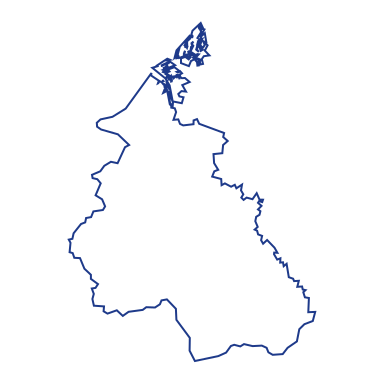 Eloy Alfaro, Esmeraldas, Ecuador
{"feature_id": "8360857B46981965589636", "entity_name": "Eloy Alfaro", "entity_type": "district", "adm_level": 2, "iso_a3": "ECU", "parent_name": "Ecuador", "parent_adm1": "Esmeraldas", "projection": "orthographic", "projection_center": [-78.985, 0.866], "detail": "fine", "context": "isolated", "style": "outline", "palette": "blue", "viewbox_px": 384, "rotation_deg": 0, "n_neighbors": 0, "source": "geoboundaries", "source_scale": "gbopen_adm2", "svg_char_len": 5776}
<svg xmlns="http://www.w3.org/2000/svg" viewBox="0 0 384 384"><path d="M312.8,321.0L315.2,311.9L308.3,312.2L308.9,298.0L304.9,297.3L303.3,292.2L305.5,290.1L302.7,289.5L302.1,286.5L297.3,286.8L298.8,280.8L294.1,281.1L293.1,278.7L288.8,277.2L286.6,263.8L283.7,266.2L283.0,262.3L280.2,262.6L280.4,258.3L277.2,259.6L274.0,254.2L274.2,252.6L277.4,252.8L274.5,247.7L267.1,240.0L263.1,243.7L261.1,240.2L262.1,235.9L258.1,234.4L257.1,230.7L254.7,229.6L257.7,226.9L255.3,221.2L256.2,216.8L259.5,214.8L260.4,211.2L258.0,209.4L261.5,205.9L258.0,202.8L259.1,201.1L262.2,202.1L263.0,199.7L259.5,199.6L256.7,193.2L252.5,199.2L246.6,197.6L243.6,199.9L241.3,197.6L243.3,194.3L241.0,190.4L242.0,184.6L236.4,188.3L234.8,184.8L231.1,186.7L224.9,183.4L221.6,185.2L221.2,179.0L212.2,176.6L214.3,171.3L218.2,169.8L214.1,163.1L213.5,154.1L222.3,153.2L223.1,145.0L227.7,141.0L223.2,137.0L224.1,133.0L199.2,123.8L197.0,119.1L193.6,120.4L193.5,124.2L183.2,125.4L180.0,123.9L178.3,119.4L173.5,119.8L176.1,112.1L174.8,108.3L170.5,107.5L172.3,107.0L169.8,104.3L167.2,90.8L163.2,92.9L164.4,89.8L166.6,89.5L164.7,87.7L164.1,84.5L163.4,84.4L161.7,82.3L159.6,81.1L159.1,82.0L158.4,82.3L158.5,82.6L158.3,83.2L157.9,83.4L158.3,82.2L159.3,81.0L151.1,75.5L151.5,73.0L125.7,108.6L112.5,116.8L100.5,119.4L96.8,122.8L97.1,126.7L101.1,129.5L117.9,134.3L129.1,145.0L125.0,147.2L117.6,163.2L110.9,161.8L104.3,165.8L100.3,171.3L92.0,174.8L92.6,178.1L97.3,179.2L100.7,183.3L95.6,195.3L102.1,199.3L105.1,206.4L102.9,210.0L93.4,211.4L91.1,217.1L86.1,218.0L85.2,222.4L81.0,224.0L73.6,233.3L72.4,238.8L68.8,239.6L70.5,242.8L69.6,252.2L72.7,253.1L74.3,257.8L80.0,258.1L84.4,268.7L90.9,274.8L90.9,278.9L98.0,284.1L95.5,287.9L91.8,288.5L93.8,293.9L92.4,299.0L93.9,305.7L104.0,306.4L103.6,311.3L107.5,313.6L116.8,310.3L122.8,315.9L128.6,311.8L142.7,309.9L146.3,307.2L155.0,307.5L159.9,304.3L161.5,300.4L166.9,299.4L175.9,308.8L176.4,319.8L189.8,337.9L189.6,350.7L194.9,361.0L218.3,356.1L226.1,352.6L230.9,346.0L234.2,344.8L240.3,346.4L244.0,344.1L252.6,346.1L261.8,345.6L266.6,347.8L268.4,352.3L272.7,354.8L282.7,354.1L287.6,347.8L296.9,341.4L299.3,329.2L304.4,324.2L312.8,321.0ZM202.3,26.5L200.7,23.0L192.5,30.7L191.1,35.5L191.8,35.0L192.6,36.1L192.1,38.0L191.6,35.2L190.0,38.7L187.1,41.3L187.2,44.9L186.1,45.8L186.2,46.0L187.2,46.0L187.5,46.3L187.0,47.9L185.9,46.0L184.8,47.8L186.8,44.0L184.1,46.1L186.6,42.0L184.5,43.3L190.3,35.0L176.5,50.4L174.5,58.1L175.5,57.5L176.5,53.4L178.6,49.1L179.3,48.7L176.8,58.2L178.8,57.7L178.3,56.7L178.1,55.0L179.1,58.0L184.7,55.9L183.9,55.1L183.9,53.5L184.7,51.4L185.1,50.9L184.1,55.1L188.3,58.4L188.4,57.1L186.5,56.1L186.2,54.7L189.4,54.0L188.2,51.9L188.8,51.3L190.3,51.3L191.1,46.8L192.5,45.8L191.6,44.1L191.5,43.2L193.4,41.6L191.8,44.0L193.3,45.8L190.6,51.4L188.5,52.0L189.7,54.0L186.4,55.6L188.6,56.8L189.0,58.8L190.4,54.3L191.7,52.4L196.9,55.7L197.3,54.1L198.8,54.3L197.2,56.0L195.3,55.2L195.4,56.5L193.5,57.9L195.0,57.4L199.0,59.0L196.1,59.5L194.1,58.8L196.9,62.0L198.6,61.0L199.3,61.9L199.3,60.5L200.6,60.4L199.3,62.0L197.0,62.1L197.4,65.6L199.6,65.3L198.2,64.9L200.0,62.5L200.2,64.5L203.0,63.9L201.8,59.1L203.8,56.2L209.4,55.4L204.8,50.6L207.6,45.3L203.9,41.8L204.8,45.0L203.0,47.7L202.5,48.0L201.2,46.6L199.9,47.3L200.1,48.2L201.2,48.5L201.5,48.8L201.0,50.1L202.1,50.1L200.8,50.9L199.8,47.9L200.1,43.7L196.7,49.0L198.8,51.9L196.2,49.6L197.3,45.6L201.8,39.3L200.7,39.8L199.4,39.3L199.3,41.6L198.2,41.6L198.6,42.7L197.5,43.4L197.9,41.9L199.2,39.2L201.2,39.2L200.3,36.5L204.4,29.5L199.9,28.5L200.9,30.0L201.4,32.1L196.9,38.8L201.2,32.0L199.5,28.4L202.7,27.9L200.7,25.7L200.5,26.3L199.6,26.0L199.9,26.7L199.8,26.9L198.8,26.8L199.4,27.2L198.9,27.7L198.7,26.9L198.8,26.7L199.1,26.6L199.8,26.8L199.6,26.0L200.5,25.6L202.3,26.5ZM167.8,76.8L165.7,79.0L169.6,85.4L172.7,101.4L181.8,103.2L183.5,97.3L179.4,96.4L178.3,94.0L181.5,91.1L186.0,91.6L182.3,85.1L189.6,82.0L184.9,78.0L181.9,78.2L179.6,76.8L179.4,79.3L179.1,77.0L176.2,76.8L176.0,76.2L173.7,78.2L172.9,77.5L172.7,76.7L171.4,77.9L171.1,77.7L170.8,76.7L170.2,76.8L169.6,78.2L168.9,78.5L169.1,79.0L169.9,78.1L170.7,78.1L171.0,78.3L170.6,79.4L171.4,79.4L171.3,81.4L171.5,81.3L171.5,80.6L171.9,80.0L172.7,80.1L171.8,80.3L171.7,81.4L171.3,81.5L170.3,80.0L170.7,78.3L169.0,79.3L167.8,76.8ZM167.3,58.7L155.9,66.2L158.6,65.9L152.3,67.8L165.4,78.4L167.8,75.5L165.3,73.9L165.4,72.8L165.8,72.3L167.8,71.8L166.3,69.5L165.4,70.9L164.1,70.7L164.1,71.4L163.6,72.2L163.0,72.0L164.1,70.6L165.3,70.8L163.1,69.9L175.1,65.2L170.1,61.7L168.4,63.3L166.7,63.9L167.2,65.5L166.4,66.2L167.3,66.6L167.2,67.0L166.4,67.4L165.6,67.2L165.2,67.7L162.9,68.4L165.5,67.1L167.2,66.8L166.2,66.4L166.5,64.1L167.0,63.3L168.3,63.2L168.2,62.5L162.2,65.8L161.8,65.9L161.6,65.4L161.0,65.6L169.4,61.6L169.6,60.0L165.4,60.6L170.0,59.8L167.3,58.7ZM174.4,67.2L167.9,69.6L169.5,71.5L165.7,72.9L169.5,75.6L168.9,78.2L171.0,75.9L171.2,77.7L172.9,76.5L173.7,78.1L174.9,76.2L176.0,76.1L176.4,76.6L176.5,75.2L177.2,74.9L177.8,75.0L178.3,75.3L178.6,75.9L178.6,76.3L177.7,76.4L179.1,76.9L178.7,75.1L182.0,73.3L180.1,71.2L178.7,72.3L177.7,72.5L176.8,71.9L179.7,71.2L174.4,67.2ZM195.3,56.5L191.4,53.3L192.2,55.1L190.9,54.2L190.4,57.4L188.7,59.4L185.3,56.9L181.0,58.4L181.0,63.1L188.9,66.1L191.0,61.0L193.8,59.6L193.4,57.6L195.3,56.5ZM204.8,33.2L200.7,36.8L202.1,39.5L200.2,45.0L202.7,47.8L204.7,45.0L203.5,41.9L205.1,41.5L206.5,43.3L204.8,33.2ZM172.7,105.7L173.0,102.6L168.5,90.9L170.0,103.0L172.7,105.7ZM169.8,89.9L169.2,85.3L166.6,82.7L166.7,84.0L169.8,89.9ZM166.7,88.8L166.2,86.6L165.2,85.4L165.0,87.4L166.7,88.8ZM179.6,76.4L180.1,75.1L178.8,75.1L179.6,76.4ZM178.5,76.1L176.7,75.2L176.6,76.3L178.5,76.1ZM194.4,58.5L196.2,58.8L194.9,57.6L194.4,58.5ZM163.3,84.2L163.9,84.0L162.6,83.0L163.3,84.2ZM162.9,81.1L163.4,81.0L162.5,80.0L162.9,81.1Z" fill="none" stroke="#1e3a8a" stroke-width="2"/></svg>